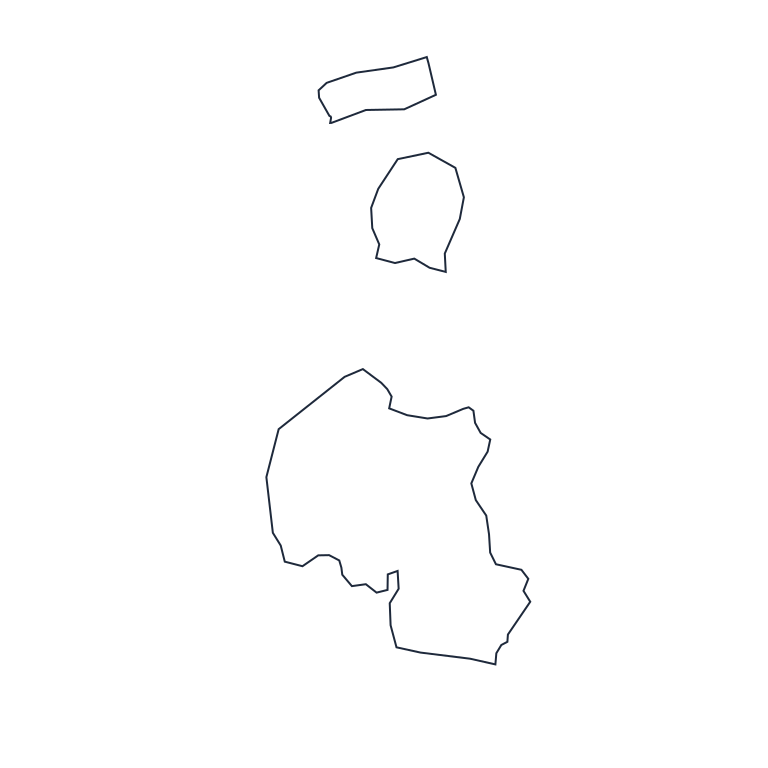 SVG path tracing the border of Comrat, rotated 159°
{"feature_id": "MDA-1626", "entity_name": "Comrat", "entity_type": "Autonomous Territory", "adm_level": 1, "iso_a3": "MDA", "parent_name": "Moldova", "parent_adm1": "", "projection": "robinson", "projection_center": [28.549, 46.002], "detail": "fine", "context": "isolated", "style": "outline", "palette": "slate", "viewbox_px": 768, "rotation_deg": 159, "n_neighbors": 0, "source": "natural_earth", "source_scale": "10m", "svg_char_len": 1242}
<svg xmlns="http://www.w3.org/2000/svg" viewBox="0 0 768 768"><g transform="rotate(159 384 384)"><path d="M380.5,82.3L402.1,96.7L446.2,120.2L466.7,133.7L464.3,156.4L457.2,177.3L443.7,187.6L438.3,204.6L448.7,204.9L454.5,190.5L465.7,191.9L472.7,203.6L486.4,206.8L491.3,220.9L489.6,227.8L489.0,235.3L496.6,243.9L506.8,247.6L525.4,243.1L540.3,253.7L538.3,270.2L541.1,284.9L527.2,339.2L498.5,379.6L418.2,404.8L398.4,405.5L386.1,386.0L382.8,378.1L381.4,369.5L387.9,359.4L373.6,346.6L355.7,336.2L337.5,331.8L318.9,332.4L313.3,331.9L310.1,327.0L312.9,315.1L311.3,303.7L304.7,294.1L311.5,283.7L325.6,272.9L338.1,259.9L339.9,242.7L335.7,224.5L339.8,206.1L345.3,188.6L344.1,175.6L322.3,161.3L319.1,150.4L327.9,140.9L325.5,128.3L358.1,105.7L361.2,99.1L368.0,98.3L375.6,92.4L380.5,82.3ZM290.6,589.0L259.7,584.0L239.9,560.2L242.5,529.7L254.1,510.9L280.5,484.0L286.2,466.5L299.8,476.2L310.8,490.2L330.4,493.0L346.2,504.4L338.4,516.0L339.1,533.7L332.9,553.0L319.4,568.3L290.6,589.0ZM340.7,647.0L338.0,651.5L337.9,652.8L338.9,653.9L342.0,674.5L339.8,681.6L329.6,685.7L298.3,684.6L261.8,676.2L227.0,673.9L226.9,673.9L227.5,667.5L231.9,635.4L266.7,633.2L302.7,646.3L339.5,646.6L340.4,646.9L340.7,647.0Z" fill="none" stroke="#1e293b" stroke-width="2"/></g></svg>